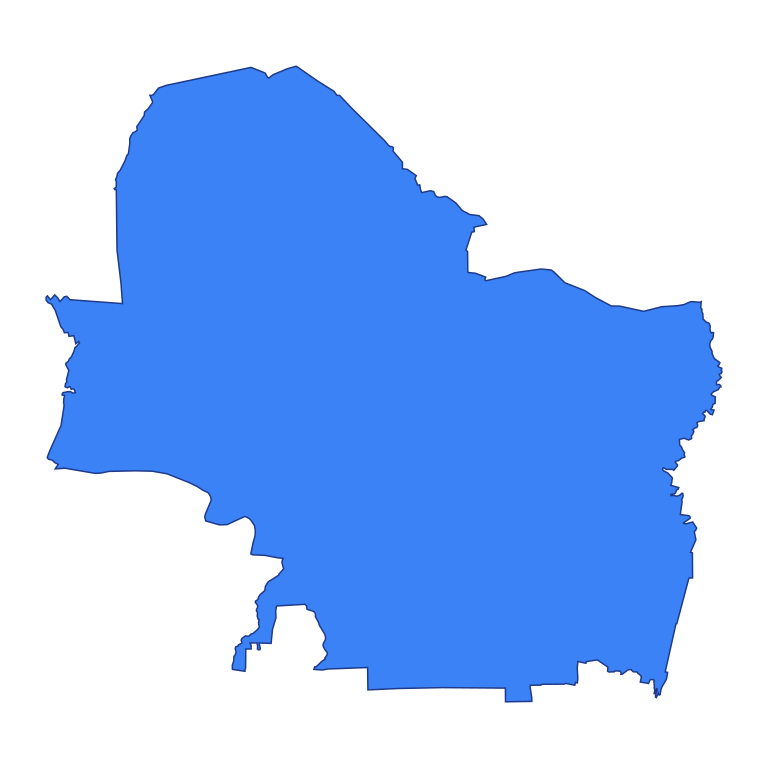 outline of Targu Trotus, Bacau, Romania
{"feature_id": "2599482B41851709031441", "entity_name": "Targu Trotus", "entity_type": "district", "adm_level": 2, "iso_a3": "ROU", "parent_name": "Romania", "parent_adm1": "Bacau", "projection": "equal_earth", "projection_center": [26.691, 46.277], "detail": "fine", "context": "isolated", "style": "filled", "palette": "blue", "viewbox_px": 768, "rotation_deg": 0, "n_neighbors": 0, "source": "geoboundaries", "source_scale": "gbopen_adm2", "svg_char_len": 6051}
<svg xmlns="http://www.w3.org/2000/svg" viewBox="0 0 768 768"><path d="M659.0,694.9L659.9,694.9L660.2,694.4L661.0,689.3L662.1,686.6L666.2,679.7L666.7,678.0L667.6,672.4L665.2,671.9L676.0,623.8L676.8,623.7L688.9,578.1L692.6,577.9L692.4,552.8L690.5,552.3L695.9,539.8L694.3,531.7L695.8,530.0L696.7,528.1L692.7,522.0L686.0,523.8L683.5,523.4L683.6,522.8L690.0,518.4L690.2,517.3L689.7,516.2L688.5,515.6L680.3,514.6L682.0,502.5L682.1,501.2L681.5,499.8L682.6,498.1L683.1,495.8L682.8,493.5L681.9,493.2L680.2,494.9L677.1,496.2L673.3,495.5L670.8,495.6L671.0,494.3L674.5,493.9L675.3,493.1L676.0,492.0L676.2,490.2L678.2,489.2L678.8,487.6L670.7,485.3L671.7,482.8L672.3,477.8L667.7,472.9L663.7,470.9L662.8,470.0L662.6,468.8L663.0,468.1L664.1,468.0L666.2,469.4L671.7,469.4L673.1,469.6L673.8,470.3L677.4,465.9L677.5,464.9L675.3,462.2L675.5,461.3L678.6,460.6L681.9,458.0L684.6,457.3L684.9,456.6L684.0,454.8L684.6,453.0L682.2,449.1L681.6,447.1L679.7,444.9L679.4,439.4L684.2,438.3L688.7,440.0L691.4,438.7L691.7,438.0L691.4,435.8L692.5,434.6L693.8,431.7L693.7,430.9L692.6,429.9L695.0,427.9L696.7,427.6L697.6,426.0L697.6,424.8L696.8,423.0L697.1,422.5L698.8,421.6L704.1,420.7L704.1,419.1L705.0,417.2L705.1,416.0L702.6,413.6L703.5,412.3L705.1,412.0L705.5,410.5L706.8,410.5L710.3,414.2L712.4,414.7L714.0,410.1L710.7,409.5L712.2,407.3L712.9,404.4L715.1,403.3L715.3,396.8L711.8,395.3L711.1,394.2L713.3,391.9L718.1,389.7L720.0,387.0L721.0,386.8L720.6,385.6L719.3,384.5L716.6,384.6L716.4,383.6L716.6,381.3L718.1,380.6L721.3,377.5L719.5,375.3L719.2,374.3L721.1,373.5L721.9,372.1L721.9,371.2L721.3,370.7L721.8,368.3L718.0,366.5L717.7,365.8L719.1,364.7L719.9,362.6L714.4,358.6L712.1,353.7L712.1,351.5L710.0,346.9L709.8,343.6L710.7,341.1L712.5,338.8L713.0,337.4L713.6,332.8L713.0,332.4L711.3,333.0L710.8,332.3L710.0,329.7L710.2,326.3L709.6,324.1L708.2,322.7L706.3,322.2L703.1,319.0L702.8,313.5L701.8,311.8L701.9,309.2L700.7,307.6L701.2,301.7L700.0,302.3L692.1,301.6L689.8,302.0L684.3,304.5L677.6,305.7L661.8,306.7L643.7,311.3L619.5,306.1L611.3,306.0L595.4,297.5L584.7,290.6L564.9,282.8L553.9,271.9L551.2,270.0L541.3,269.0L518.3,272.2L514.3,272.9L506.1,276.3L486.4,280.6L485.1,280.4L484.8,279.7L485.7,277.1L475.3,273.2L468.2,272.5L467.8,270.9L467.6,251.6L466.0,250.0L471.7,232.3L474.3,231.6L473.9,227.2L486.6,224.4L483.2,219.2L479.0,215.7L469.8,214.5L462.3,210.6L455.9,203.0L447.0,196.7L444.5,196.4L439.9,197.4L437.1,196.9L435.3,195.3L433.7,191.6L430.5,190.7L421.7,192.6L420.6,189.9L419.7,184.8L417.8,185.4L414.9,178.5L416.3,175.7L407.4,169.4L402.4,168.7L402.5,162.3L393.2,151.3L393.3,147.6L391.7,146.5L390.7,146.7L388.6,145.5L384.5,140.6L352.0,108.5L339.6,95.4L336.9,95.3L334.0,91.3L317.4,80.9L296.3,66.2L287.1,68.8L273.3,74.6L268.9,78.0L267.5,77.2L265.1,73.0L251.0,67.4L166.5,85.3L158.6,88.0L153.5,94.5L151.9,95.4L149.9,95.3L152.4,101.1L152.5,102.7L148.1,108.8L144.6,111.9L144.2,115.5L136.7,126.9L137.3,130.0L135.1,131.9L133.0,132.6L130.6,136.3L129.7,139.0L129.8,143.6L128.4,153.7L126.9,155.3L125.0,160.8L120.2,170.2L117.6,173.2L116.8,176.8L115.5,179.7L116.3,181.7L116.2,187.3L114.2,188.5L114.8,189.6L116.3,189.8L117.0,249.8L120.9,282.3L122.5,303.6L70.0,299.7L66.8,296.3L64.3,296.8L60.0,301.6L57.9,298.1L54.8,294.9L50.5,299.7L47.4,295.9L46.1,297.2L46.1,300.1L48.1,302.7L51.5,304.1L55.2,310.2L60.8,326.7L63.2,329.5L64.4,332.8L67.5,332.5L68.3,332.9L69.0,336.3L73.8,335.7L75.8,343.7L78.7,341.5L79.6,342.7L76.0,347.1L75.2,347.2L73.8,351.6L71.2,357.2L69.4,358.8L68.4,361.2L65.9,363.2L65.9,364.8L68.8,370.6L66.4,379.8L66.9,381.6L65.5,383.7L65.0,386.7L67.4,387.8L69.4,386.6L70.2,386.9L71.2,389.3L72.8,388.8L74.1,389.3L75.4,392.5L73.1,393.2L70.5,391.7L67.7,391.7L62.9,392.7L62.1,394.2L62.3,395.2L64.5,395.3L64.5,396.1L63.9,398.2L63.6,402.9L64.1,405.2L63.8,407.7L61.0,425.6L49.7,450.9L47.2,457.6L48.5,459.2L52.3,460.2L54.9,462.7L58.3,464.3L55.2,468.9L65.0,468.2L95.3,473.4L101.2,473.0L108.9,471.4L135.3,470.8L152.4,471.2L167.0,473.8L189.4,482.7L197.5,486.7L203.0,490.3L208.1,492.6L210.7,496.7L211.2,500.2L205.4,514.1L204.7,516.8L205.8,521.0L219.6,524.9L227.1,524.6L244.9,516.4L249.0,518.3L251.0,520.3L254.5,525.7L255.3,530.5L255.1,535.7L253.3,541.8L250.8,553.9L252.5,554.8L265.2,555.4L278.1,557.9L282.7,558.2L283.2,558.6L282.5,559.5L281.9,562.3L283.6,568.8L279.2,573.8L278.5,575.3L268.3,581.7L265.5,586.0L264.7,590.7L260.2,594.5L258.4,597.4L258.1,599.4L255.5,601.1L255.3,602.3L257.3,604.9L257.6,606.0L257.6,607.3L256.5,609.6L256.4,610.8L257.5,612.4L257.2,616.2L258.2,619.3L259.0,619.7L258.5,622.7L259.3,627.2L257.7,629.4L253.1,633.4L251.1,634.0L248.7,636.3L245.4,635.9L242.2,638.2L241.1,640.1L241.9,642.3L241.8,643.2L238.5,644.8L237.7,646.4L235.9,646.6L235.2,648.3L236.1,652.3L234.8,655.6L233.9,656.3L233.8,660.6L232.3,665.3L232.4,669.4L245.0,671.3L245.0,669.3L245.6,668.2L245.8,649.0L251.1,649.0L251.1,645.4L250.0,643.0L257.0,642.9L257.6,646.5L257.4,649.1L258.4,649.8L259.9,649.7L260.3,648.5L259.1,643.0L271.1,643.4L272.5,629.2L276.0,617.7L275.7,611.0L276.5,606.0L305.1,604.3L306.7,606.3L307.0,609.3L313.1,611.2L314.7,612.3L315.4,613.7L315.4,616.7L318.3,622.0L319.6,625.7L324.8,634.3L325.6,637.6L325.3,639.9L323.3,643.5L323.0,645.3L323.4,646.8L325.2,650.1L327.2,652.5L327.2,654.7L324.9,658.0L325.4,658.9L322.1,661.1L316.1,666.8L314.7,666.8L313.9,669.4L322.3,670.0L328.0,669.0L367.6,667.5L367.9,689.9L398.2,688.5L442.4,687.6L505.4,688.1L505.5,701.8L531.8,701.4L531.8,698.0L530.1,687.0L530.3,685.3L541.0,685.1L541.7,684.3L564.4,684.1L565.5,683.4L574.8,685.2L575.4,682.4L577.4,682.9L577.8,678.0L577.2,668.1L577.9,661.5L585.5,663.2L586.1,663.0L586.2,661.6L597.3,659.9L607.9,667.1L607.6,670.8L607.8,671.4L609.1,672.0L614.3,671.8L614.4,671.3L616.4,670.9L620.1,671.2L621.2,673.0L620.9,674.3L622.3,674.2L628.2,669.7L631.0,669.6L633.1,671.7L637.2,672.1L637.9,673.4L639.5,674.3L641.4,676.7L640.3,682.1L648.5,683.4L650.1,680.0L650.9,679.5L653.6,679.8L654.3,680.4L653.9,681.8L654.4,686.2L654.1,688.0L654.8,690.1L654.2,693.5L654.7,693.4L655.5,691.9L656.4,688.7L656.9,688.8L657.3,689.7L655.5,695.0L655.5,697.1L656.4,697.5L658.3,693.2L659.0,694.9Z" fill="#3b82f6" stroke="#1e3a8a" stroke-width="1.5"/></svg>